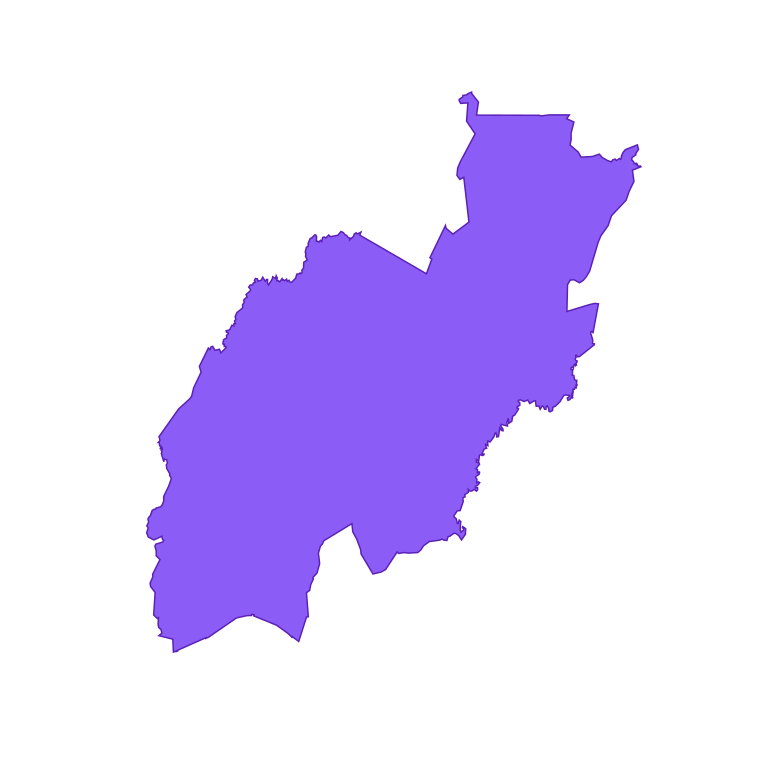 outline of Vaives pag., Cesu, Latvia, rotated 281°
{"feature_id": "27541924B73856570603331", "entity_name": "Vaives pag.", "entity_type": "district", "adm_level": 2, "iso_a3": "LVA", "parent_name": "Latvia", "parent_adm1": "Cesu", "projection": "robinson", "projection_center": [25.436, 57.231], "detail": "fine", "context": "isolated", "style": "filled", "palette": "violet", "viewbox_px": 768, "rotation_deg": 281, "n_neighbors": 0, "source": "geoboundaries", "source_scale": "gbopen_adm2", "svg_char_len": 6150}
<svg xmlns="http://www.w3.org/2000/svg" viewBox="0 0 768 768"><g transform="rotate(281 384 384)"><path d="M455.6,233.7L453.2,232.7L451.8,234.6L450.2,235.1L445.5,231.5L443.2,233.0L440.3,230.5L438.9,230.4L437.8,231.3L434.6,230.0L431.8,230.8L426.1,226.0L421.7,225.0L419.0,226.3L417.3,225.2L414.9,226.6L414.6,225.2L412.3,225.4L412.7,223.5L407.6,222.1L406.2,218.9L404.8,219.4L404.8,221.1L403.8,221.6L401.6,220.1L399.3,220.8L396.9,218.1L392.8,218.1L392.1,218.8L392.5,219.7L390.3,220.1L390.7,221.8L389.6,222.1L383.4,217.9L386.7,215.9L384.9,211.7L388.3,208.6L387.4,207.1L384.5,206.5L385.8,204.7L366.1,199.4L360.7,202.2L344.0,197.9L335.2,197.5L332.2,196.0L320.4,187.2L289.4,173.2L285.8,174.9L283.6,173.6L283.8,174.5L280.4,175.6L280.5,177.0L277.9,176.7L277.7,177.4L278.9,178.4L277.4,179.0L276.4,178.0L274.9,179.1L273.4,178.6L265.7,182.7L268.2,182.7L268.2,185.1L264.9,186.5L263.1,185.7L259.6,186.9L255.3,190.6L253.5,191.0L250.6,193.3L242.6,192.1L231.6,189.2L227.3,190.1L223.4,189.4L220.9,188.3L218.8,184.0L217.4,183.4L217.2,182.2L215.5,180.5L210.6,179.9L207.7,178.3L206.0,178.1L203.5,179.4L199.4,178.2L197.9,180.0L192.7,179.4L188.8,181.8L187.0,187.9L192.1,194.9L189.4,196.1L188.2,197.7L186.7,197.0L183.2,190.5L180.9,190.1L176.9,192.2L171.8,193.2L168.9,197.6L153.1,193.2L150.8,193.9L144.0,192.4L140.7,193.5L135.7,199.1L113.3,202.0L110.6,206.2L111.6,207.2L105.0,208.1L102.0,209.3L100.4,212.0L97.1,213.5L94.0,211.0L93.2,225.4L80.7,228.4L82.3,230.9L81.7,231.1L82.7,232.5L83.3,232.3L90.5,242.5L100.9,257.5L100.3,257.6L101.8,259.9L126.3,283.9L130.4,293.5L131.5,298.1L132.6,298.1L132.8,300.4L131.5,300.4L126.7,324.7L120.9,337.2L117.8,342.0L118.5,342.2L115.0,349.4L140.5,352.4L141.1,354.1L164.4,347.7L167.2,350.4L173.3,350.4L179.3,351.9L180.5,351.1L185.5,354.3L195.4,355.1L205.4,351.9L212.8,352.5L214.7,353.9L218.7,354.9L240.8,379.1L232.9,381.6L226.4,386.9L216.7,392.8L212.8,393.9L195.4,409.4L198.9,417.1L202.2,421.0L221.6,428.9L220.5,430.7L222.3,435.7L222.7,440.5L225.0,449.3L228.3,451.9L232.8,453.7L238.0,458.6L241.4,468.6L242.8,470.6L242.2,472.5L242.4,475.6L246.4,476.0L247.2,477.8L250.8,481.0L250.9,483.1L249.5,486.2L245.7,489.8L251.9,492.6L257.6,491.8L259.0,488.5L257.9,488.3L257.1,489.7L255.8,490.0L253.2,487.8L256.5,486.4L263.5,485.6L264.7,483.8L261.4,483.5L261.1,482.7L265.5,480.6L267.0,478.1L268.0,477.8L273.4,480.1L274.3,482.9L283.8,484.2L287.3,483.1L288.7,485.1L290.9,484.5L293.7,487.4L296.5,486.9L295.3,488.3L295.7,490.5L297.8,492.7L296.4,495.1L298.1,496.1L300.2,495.6L299.5,493.6L300.8,493.2L303.0,495.6L305.4,496.8L306.0,495.5L304.7,493.8L308.1,493.5L309.8,491.7L310.8,491.9L313.5,494.6L315.6,494.7L315.9,494.0L314.7,492.7L317.9,492.1L318.4,490.3L323.4,493.1L324.7,492.3L324.9,489.6L327.5,489.2L326.2,491.7L332.3,491.3L332.9,492.2L332.6,494.6L333.6,495.6L334.4,495.5L333.9,493.8L334.5,493.5L339.4,494.8L340.5,497.0L343.8,495.1L344.3,495.5L343.3,497.7L347.6,496.7L348.0,497.0L347.3,499.0L348.1,499.6L353.0,501.9L357.0,502.5L357.3,503.1L356.0,504.1L353.6,504.7L354.2,506.4L363.0,506.1L360.8,508.4L360.8,509.8L362.2,509.5L365.2,506.6L366.7,506.8L366.3,513.2L369.9,511.9L374.0,512.5L369.2,514.0L371.8,516.6L376.9,516.4L378.4,518.2L384.4,520.6L385.7,520.7L385.9,519.1L387.0,519.0L389.0,521.4L391.5,520.9L392.5,519.2L393.7,519.0L394.4,521.1L393.5,524.8L395.7,528.1L392.6,530.9L396.0,534.4L396.4,535.8L391.2,537.6L392.0,540.2L389.0,542.1L392.6,543.4L392.2,544.8L389.9,546.4L390.0,547.8L392.9,547.4L393.7,548.3L391.6,550.2L388.6,551.2L388.6,552.7L390.1,554.5L393.4,554.2L394.8,556.4L400.1,560.1L406.9,562.6L407.9,564.2L408.2,568.1L407.2,568.3L405.1,566.6L403.1,567.7L404.1,569.4L406.2,570.2L406.2,571.7L406.8,571.9L408.0,570.4L408.3,571.4L410.1,571.2L409.7,570.3L411.7,570.5L411.1,571.0L412.0,571.2L414.9,570.6L415.2,572.0L416.9,572.0L416.9,573.4L420.3,572.5L419.1,573.5L419.8,573.8L420.6,573.0L424.4,572.5L424.0,571.4L424.8,570.2L428.6,568.7L428.6,567.1L434.0,566.5L433.8,565.0L435.4,564.5L436.7,565.6L435.6,566.9L438.6,566.8L439.9,567.6L438.5,568.5L439.4,569.3L440.4,568.7L443.4,569.3L443.5,568.0L444.9,566.9L446.7,567.4L448.6,566.7L448.9,567.4L447.6,568.9L448.2,570.6L462.7,583.0L463.6,582.9L463.5,581.0L467.1,580.5L473.7,577.0L475.1,577.4L474.3,579.4L503.6,579.2L503.3,575.4L501.3,570.9L490.1,549.7L516.5,545.2L521.5,547.0L522.6,550.6L520.7,556.6L523.7,559.8L527.9,562.1L533.9,564.3L564.0,567.2L570.8,568.6L582.3,573.8L592.6,575.2L610.7,586.6L620.0,587.9L630.5,590.7L641.3,587.1L646.3,594.8L646.9,594.2L646.3,592.0L648.6,590.1L647.5,589.8L648.5,588.6L648.0,587.6L649.9,586.5L651.4,584.3L653.7,584.3L657.0,587.5L658.1,587.1L662.8,589.1L667.1,587.1L660.1,576.2L657.0,574.5L653.1,573.6L650.1,573.8L649.6,573.3L650.3,572.0L647.7,569.5L648.9,568.0L647.8,565.9L645.5,564.7L646.0,560.8L647.9,555.2L650.7,551.5L647.1,545.2L644.3,534.2L648.7,530.4L654.1,521.0L659.6,521.1L665.7,519.8L677.4,520.4L679.3,512.7L683.5,514.6L679.7,494.8L677.1,487.0L677.4,485.2L665.6,423.5L678.8,422.9L685.8,414.7L687.3,414.3L684.8,410.7L683.4,409.8L682.4,406.5L680.5,406.3L677.9,403.6L676.6,403.6L674.1,405.7L675.9,412.7L657.8,414.9L646.9,425.7L617.0,416.6L610.3,415.1L602.7,415.8L599.3,419.4L602.1,422.9L559.1,436.5L544.3,423.0L548.7,415.2L551.3,414.1L516.7,405.0L515.7,407.1L500.3,404.6L525.5,331.8L528.7,332.4L526.6,329.7L526.3,328.8L527.1,327.8L525.6,326.2L523.2,325.9L518.9,322.8L520.8,322.6L520.9,320.8L522.8,319.0L522.9,317.5L524.9,315.2L525.5,312.7L521.2,310.3L518.4,303.3L519.7,301.3L516.3,299.0L516.9,297.2L516.1,295.8L512.0,295.7L512.9,294.2L510.9,293.0L511.5,291.9L511.1,290.4L515.8,289.7L517.3,288.6L517.1,287.5L513.5,285.1L512.7,283.8L507.9,282.7L504.7,283.3L503.4,281.7L498.4,281.5L497.3,282.4L494.1,282.7L491.1,285.0L488.2,282.0L482.3,282.9L480.0,281.6L478.0,282.4L476.4,281.4L477.0,280.5L475.8,279.3L475.2,277.4L471.1,277.1L466.1,273.9L465.9,272.5L467.7,271.0L466.3,269.5L468.3,268.4L466.4,266.7L467.2,265.4L466.6,264.6L468.0,263.8L464.3,262.1L465.4,260.5L464.8,259.1L467.7,259.0L469.7,257.5L466.8,257.3L468.0,254.3L465.5,254.2L459.2,251.7L460.8,250.4L464.4,249.8L464.2,248.8L462.2,247.8L465.7,244.6L462.4,243.6L460.9,240.8L463.1,239.6L463.0,237.7L460.9,237.0L459.3,238.3L458.3,236.5L456.2,236.1L455.6,233.7Z" fill="#8b5cf6" stroke="#5b21b6" stroke-width="1.5"/></g></svg>